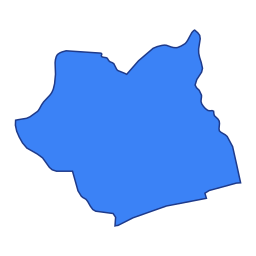 the Region of Maritime
{"feature_id": "TGO-87", "entity_name": "Maritime", "entity_type": "Region", "adm_level": 1, "iso_a3": "TGO", "parent_name": "Togo", "parent_adm1": "", "projection": "natural_earth1", "projection_center": [1.275, 6.502], "detail": "fine", "context": "isolated", "style": "filled", "palette": "blue", "viewbox_px": 256, "rotation_deg": 0, "n_neighbors": 0, "source": "natural_earth", "source_scale": "10m", "svg_char_len": 1615}
<svg xmlns="http://www.w3.org/2000/svg" viewBox="0 0 256 256"><path d="M115.0,225.9L115.6,217.3L113.1,213.5L95.7,211.2L92.8,209.5L90.5,206.4L87.7,201.5L86.1,199.4L84.5,198.4L83.0,197.6L81.3,196.2L78.0,190.8L72.5,171.2L56.5,171.2L52.2,169.8L49.5,167.5L42.6,157.9L37.3,154.0L26.9,148.1L22.5,142.9L19.2,137.0L16.7,131.2L15.4,125.2L15.6,120.2L18.1,119.7L26.6,118.3L30.0,116.8L37.4,111.5L38.2,110.7L39.5,108.7L41.7,104.7L43.7,101.8L49.8,95.3L51.3,93.3L52.3,91.5L53.3,89.1L54.6,83.7L55.5,74.3L55.1,62.7L55.4,59.8L56.2,56.8L57.0,55.2L58.0,54.1L60.0,52.8L62.1,51.9L66.1,50.8L100.4,53.1L101.4,53.4L101.8,54.1L101.3,55.8L101.7,56.6L102.6,57.1L106.2,57.7L107.2,58.2L107.8,59.1L108.4,60.1L109.1,61.0L109.9,61.7L111.0,62.2L112.1,62.6L113.4,63.4L113.9,63.8L114.1,64.3L116.6,69.2L117.3,70.1L118.2,70.7L124.9,73.4L126.7,74.3L138.5,60.8L153.1,48.3L157.2,46.6L162.0,45.4L164.5,45.1L166.5,45.3L171.2,47.0L173.8,47.6L176.3,47.7L177.6,47.5L181.2,46.0L185.0,43.7L186.3,42.3L187.6,40.4L191.9,32.5L193.7,30.6L194.7,30.1L197.8,32.8L199.7,35.4L200.2,38.8L198.6,49.0L198.7,53.2L199.6,57.4L201.2,62.4L202.5,68.3L201.6,72.1L200.0,74.6L196.8,79.5L195.1,85.0L196.5,87.7L199.2,90.3L201.5,95.2L201.5,97.0L201.2,99.1L201.0,101.3L201.7,103.8L203.0,105.8L204.6,107.8L206.4,109.4L208.0,110.5L210.0,110.8L212.1,110.6L213.6,111.2L213.9,114.0L214.4,115.7L217.9,119.0L219.2,121.1L219.5,123.6L219.0,128.8L219.4,130.9L220.8,132.2L225.4,134.9L227.2,136.5L232.6,146.6L236.7,164.9L240.6,182.8L236.3,183.1L209.2,190.5L204.9,193.2L206.4,198.3L166.4,206.0L133.0,217.8L118.0,225.4L116.3,225.6L115.0,225.9Z" fill="#3b82f6" stroke="#1e3a8a" stroke-width="1.5"/></svg>